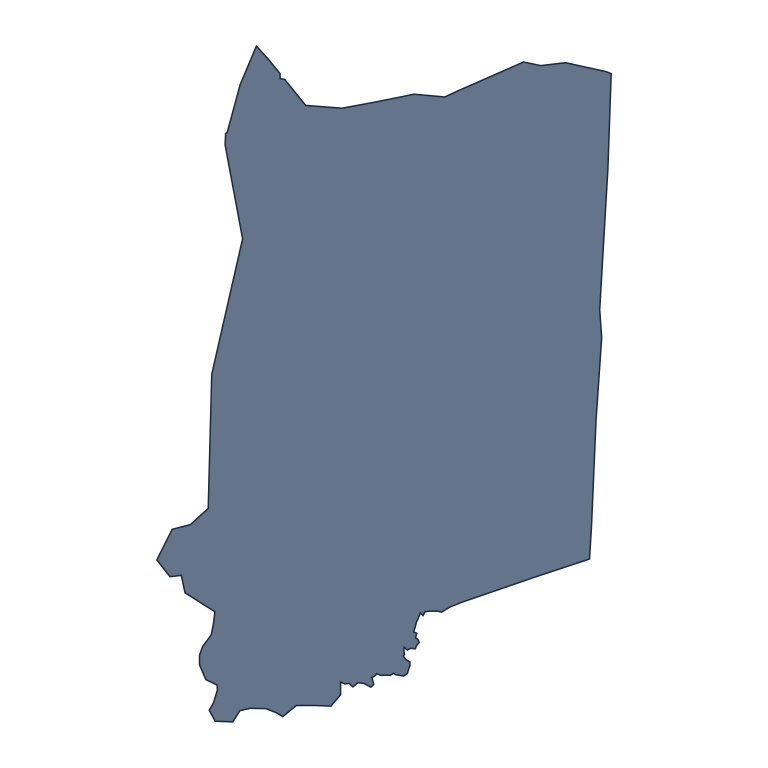 the district of Pano Platres, Limassol, Cyprus
{"feature_id": "46923920B86921614956899", "entity_name": "Pano Platres", "entity_type": "district", "adm_level": 2, "iso_a3": "CYP", "parent_name": "Cyprus", "parent_adm1": "Limassol", "projection": "mercator", "projection_center": [32.875, 34.909], "detail": "fine", "context": "isolated", "style": "filled", "palette": "slate", "viewbox_px": 768, "rotation_deg": 0, "n_neighbors": 0, "source": "geoboundaries", "source_scale": "gbopen_adm2", "svg_char_len": 1472}
<svg xmlns="http://www.w3.org/2000/svg" viewBox="0 0 768 768"><path d="M284.6,79.3L280.1,78.8L280.1,73.7L269.6,60.7L256.4,46.1L240.2,84.5L227.2,132.4L225.6,133.4L225.1,144.9L242.6,238.8L211.8,374.0L211.7,375.8L208.2,508.4L190.4,524.6L172.2,529.3L156.8,560.0L170.0,576.7L181.3,575.4L185.0,592.8L203.9,604.8L214.9,611.7L213.3,624.7L211.1,635.1L202.6,646.5L199.5,655.3L199.5,664.8L205.8,679.6L217.1,685.0L217.4,690.0L213.3,703.3L211.9,705.7L210.3,708.4L209.2,710.2L215.2,721.3L219.5,721.4L232.8,721.9L240.0,710.6L250.4,708.3L266.1,708.7L276.5,712.8L282.8,716.6L296.3,705.5L314.8,705.5L330.9,706.1L340.6,694.8L340.6,682.1L345.0,684.0L349.1,683.4L352.9,686.9L357.8,682.8L363.6,683.3L370.9,687.2L373.8,684.3L371.9,677.5L375.1,675.8L376.5,673.8L380.9,675.4L386.8,675.2L390.5,675.3L393.6,673.2L394.7,674.0L395.4,674.6L403.5,676.1L407.4,673.5L408.8,668.7L410.0,665.5L409.9,661.9L406.2,659.8L403.4,656.3L404.4,654.7L403.9,650.2L404.1,647.2L407.4,650.1L410.6,648.3L415.3,648.8L416.7,645.2L419.3,642.5L417.7,639.2L415.5,637.8L416.8,633.3L413.7,631.9L415.4,626.4L416.5,621.9L417.9,619.2L420.4,613.0L423.0,615.6L425.0,611.7L429.8,611.2L437.8,611.2L441.5,612.1L450.0,607.0L461.7,602.3L532.5,577.9L589.5,559.0L591.5,526.5L596.0,420.8L601.7,337.6L599.7,309.8L600.2,301.3L607.9,168.9L611.2,73.7L606.3,71.7L565.6,62.7L540.6,65.6L523.6,62.0L482.9,79.9L458.7,90.5L444.7,97.0L414.1,94.2L372.4,102.6L341.9,108.2L305.7,105.4L284.6,79.3Z" fill="#64748b" stroke="#1e293b" stroke-width="1.5"/></svg>